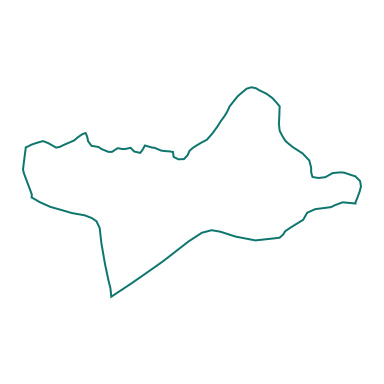 an SVG outline of Ash Shati'
{"feature_id": "LBY-2967", "entity_name": "Ash Shati'", "entity_type": "Municipality", "adm_level": 1, "iso_a3": "LBY", "parent_name": "Libya", "parent_adm1": "", "projection": "mercator", "projection_center": [12.752, 27.893], "detail": "fine", "context": "isolated", "style": "outline", "palette": "teal", "viewbox_px": 384, "rotation_deg": 0, "n_neighbors": 0, "source": "natural_earth", "source_scale": "10m", "svg_char_len": 1716}
<svg xmlns="http://www.w3.org/2000/svg" viewBox="0 0 384 384"><path d="M31.6,197.4L31.7,196.9L31.8,194.4L23.8,173.0L23.0,169.3L25.8,147.3L28.2,146.4L31.1,144.8L35.4,143.3L40.4,141.8L43.0,141.1L48.2,143.1L56.1,147.6L59.7,146.9L64.5,144.6L69.4,142.5L74.4,140.3L77.4,137.6L78.5,136.8L82.5,134.1L85.6,133.0L87.2,136.7L88.1,141.2L91.5,145.8L98.6,147.0L101.2,148.9L108.5,151.9L112.0,151.9L115.7,149.4L117.8,148.2L123.0,149.1L125.0,149.0L130.6,147.8L134.2,151.5L140.2,152.9L142.1,150.4L143.1,148.9L144.9,145.5L151.9,147.5L154.5,147.8L161.2,150.6L165.2,151.1L169.7,151.4L173.0,152.0L173.6,156.9L178.4,159.3L183.9,159.1L187.7,155.1L189.5,150.8L192.8,147.9L195.9,145.9L200.7,143.0L206.9,139.7L212.6,133.2L217.7,126.1L220.9,121.0L224.3,116.4L227.1,111.9L229.6,106.4L234.1,100.7L237.5,96.5L240.5,93.8L246.6,88.7L251.4,87.3L255.9,88.2L259.2,90.2L266.4,93.7L272.2,97.9L276.8,102.9L279.7,106.5L279.5,110.0L279.3,116.3L278.9,124.0L279.7,130.9L282.3,135.9L285.4,140.9L288.7,143.8L292.8,147.1L302.7,153.5L309.3,160.5L311.1,167.6L311.2,172.5L312.5,177.0L318.4,178.0L325.3,177.2L332.6,173.1L339.6,172.4L344.1,172.6L351.4,175.1L355.3,176.3L360.1,181.1L361.0,186.3L359.7,191.4L357.5,197.4L355.6,202.1L355.5,203.5L342.7,202.3L334.6,205.3L331.1,207.1L321.2,208.4L315.4,209.1L307.2,212.7L303.2,219.8L296.3,224.0L290.5,227.6L285.3,231.1L283.0,234.7L279.6,237.7L273.8,238.4L255.4,240.4L235.6,236.6L220.4,231.7L211.6,230.2L201.8,232.8L188.6,241.4L177.8,249.8L163.0,261.3L146.5,272.9L131.7,283.2L118.7,291.8L111.3,296.7L110.4,288.1L108.4,280.1L105.0,264.0L102.8,251.3L101.3,242.6L99.7,228.1L96.5,221.3L91.7,218.0L84.6,215.3L71.7,213.0L61.1,209.9L50.4,206.9L39.7,202.1L31.8,197.5L31.6,197.4Z" fill="none" stroke="#0f766e" stroke-width="2"/></svg>